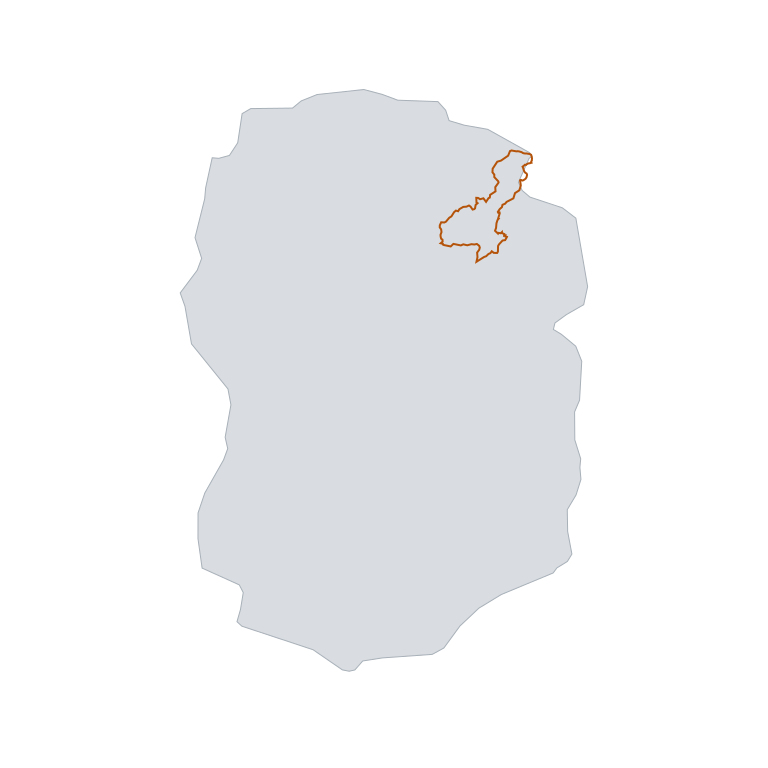 Gostivar, Gostivar, North Macedonia shown in context, rotated 106°
{"feature_id": "65306769B11113266730381", "entity_name": "Gostivar", "entity_type": "district", "adm_level": 2, "iso_a3": "MKD", "parent_name": "North Macedonia", "parent_adm1": "Gostivar", "projection": "orthographic", "projection_center": [20.801, 41.759], "detail": "fine", "context": "in_parent", "style": "outline", "palette": "amber", "viewbox_px": 768, "rotation_deg": 106, "n_neighbors": 0, "source": "geoboundaries", "source_scale": "gbopen_adm2", "svg_char_len": 3239}
<svg xmlns="http://www.w3.org/2000/svg" viewBox="0 0 768 768"><g transform="rotate(106 384 384)"><path d="M345.9,191.6L358.3,193.1L385.1,185.2L401.7,174.3L410.2,172.7L421.4,168.4L437.7,168.8L454.3,173.2L475.2,166.8L495.7,156.5L504.0,158.8L513.1,167.1L519.0,169.3L554.1,213.3L573.3,231.0L595.7,244.3L621.3,253.7L630.6,263.1L647.8,310.2L656.1,328.1L666.9,333.2L669.7,338.3L670.3,345.2L659.0,378.9L656.0,453.8L653.0,459.8L640.3,459.8L623.3,461.8L617.0,467.7L611.1,508.1L583.9,520.2L559.2,527.2L538.2,526.2L501.2,517.3L489.2,516.4L479.0,522.0L446.2,525.4L431.8,532.6L398.5,580.1L364.2,596.7L352.6,605.0L326.1,594.9L313.5,593.9L295.4,606.0L255.4,607.4L244.7,609.5L213.9,611.5L212.6,605.0L206.9,595.6L192.5,591.1L163.2,594.9L156.0,588.0L144.0,548.0L134.7,541.6L124.2,528.1L106.5,484.6L106.1,465.6L107.4,449.0L97.7,410.0L103.8,400.2L112.9,394.0L113.1,378.3L110.6,354.5L121.5,307.8L124.4,304.4L127.1,306.7L153.1,310.4L159.9,304.5L164.1,295.3L165.5,261.1L171.7,245.3L234.3,215.1L252.7,213.9L266.9,227.7L278.2,236.5L284.9,236.2L287.3,227.3L294.8,210.1L307.6,200.2L345.5,191.6L345.9,191.6Z" fill="#d9dde1" stroke="#a8b0b8" stroke-width="1"/><path d="M216.1,374.1L218.1,373.6L219.6,371.7L222.1,370.6L225.1,370.8L226.9,370.1L228.6,369.1L229.1,367.6L231.0,366.9L233.1,368.3L233.1,366.0L233.8,365.6L233.9,364.7L233.4,357.8L230.2,355.9L229.6,348.3L227.9,346.3L227.7,342.2L225.5,338.5L225.0,335.6L223.8,333.3L224.9,330.6L226.5,329.5L228.8,329.5L232.0,330.7L236.3,329.1L241.0,328.8L234.3,322.8L233.0,321.0L230.2,319.4L228.9,317.8L226.7,317.0L227.7,314.6L226.8,311.3L225.3,311.0L219.9,312.4L218.2,312.0L213.4,309.6L212.3,307.2L209.4,306.5L208.7,306.4L208.7,308.0L207.6,308.2L208.3,309.4L206.7,309.7L206.4,312.2L205.5,312.5L206.9,313.3L207.2,315.8L208.0,315.9L206.1,319.5L203.1,319.3L198.4,320.2L195.2,320.1L193.6,319.4L193.6,319.9L188.0,319.8L187.3,320.2L187.7,320.9L187.1,321.3L187.6,321.6L187.2,322.0L184.0,321.0L181.5,319.4L179.1,319.5L177.2,317.2L175.2,316.4L169.9,310.8L164.4,310.7L160.5,307.3L155.6,307.2L154.1,307.8L153.1,308.3L152.4,308.6L150.9,309.3L150.6,309.2L150.4,309.2L150.1,308.7L150.1,308.1L150.3,307.4L150.2,306.8L149.5,306.0L147.7,304.5L146.1,304.0L143.6,304.1L143.2,304.3L142.4,304.9L142.0,306.3L141.4,307.3L140.0,308.6L138.4,309.5L136.9,310.7L135.3,309.5L134.4,309.0L134.2,307.8L133.4,307.4L132.2,306.1L131.5,304.5L131.2,304.1L130.9,303.6L130.7,303.3L130.4,303.7L130.1,303.8L129.5,303.7L129.2,303.7L128.4,303.5L128.1,303.6L126.4,303.9L125.3,304.4L123.2,305.7L123.0,306.2L122.8,307.4L123.1,310.5L123.4,311.4L123.6,312.2L123.6,312.5L123.7,313.2L123.7,314.0L123.5,314.6L123.2,315.7L123.2,316.0L123.2,316.4L123.2,317.1L123.2,318.3L123.4,319.8L123.6,320.1L123.9,321.1L124.0,322.1L124.4,325.9L125.3,326.8L125.4,327.1L130.3,327.6L137.0,333.1L139.1,336.4L147.1,338.9L150.6,338.1L152.3,335.7L154.7,335.0L157.7,330.0L158.8,329.4L164.1,331.3L168.1,329.9L172.9,334.1L175.6,333.7L176.6,334.8L180.8,336.1L178.1,339.6L179.9,342.6L179.2,344.8L179.6,346.6L184.1,345.1L184.4,343.9L186.6,345.3L190.0,344.9L191.0,345.4L191.9,346.9L189.6,349.7L189.0,351.5L190.8,353.6L191.9,356.6L195.1,359.7L197.5,360.4L197.5,362.7L199.5,364.0L204.3,365.4L206.2,367.1L210.9,369.2L212.1,370.5L212.8,373.6L216.1,374.1Z" fill="none" stroke="#b45309" stroke-width="2"/></g></svg>